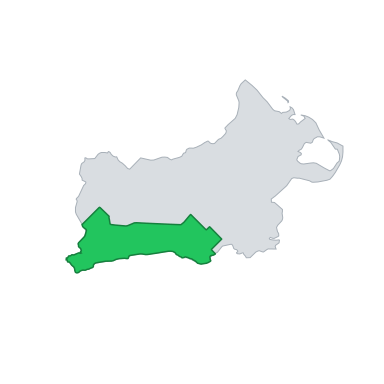 where Chardzhou sits in Turkmenistan, rotated 135°
{"feature_id": "TKM-359", "entity_name": "Chardzhou", "entity_type": "Province", "adm_level": 1, "iso_a3": "TKM", "parent_name": "Turkmenistan", "parent_adm1": "", "projection": "equal_earth", "projection_center": [63.989, 39.075], "detail": "fine", "context": "in_parent", "style": "filled", "palette": "green", "viewbox_px": 384, "rotation_deg": 135, "n_neighbors": 0, "source": "natural_earth", "source_scale": "10m", "svg_char_len": 6486}
<svg xmlns="http://www.w3.org/2000/svg" viewBox="0 0 384 384"><g transform="rotate(135 192 192)"><path d="M120.6,129.5L136.2,130.3L140.9,131.0L143.0,128.7L142.9,128.2L142.2,127.7L141.1,126.2L140.4,115.7L141.8,114.3L143.4,113.2L145.8,109.9L147.0,108.9L148.8,108.1L154.8,107.9L157.3,107.2L159.6,103.5L160.1,101.4L161.7,99.6L162.7,99.7L166.7,101.1L167.5,101.9L168.8,104.6L170.3,104.4L170.5,104.0L170.4,103.4L169.3,101.7L166.8,98.6L164.4,96.7L164.2,96.1L166.4,94.5L170.6,95.2L171.7,94.7L172.9,92.2L178.3,97.8L179.4,98.3L183.8,99.0L184.5,99.8L186.0,103.0L187.5,103.8L189.4,104.4L197.3,104.5L199.7,106.7L200.1,107.2L199.6,108.7L199.4,111.6L198.8,112.8L199.2,113.2L202.0,114.4L203.6,116.3L203.7,117.1L203.2,117.7L201.9,117.4L201.3,118.2L201.2,119.7L202.2,121.2L202.4,122.5L201.0,125.5L200.9,126.8L201.4,127.5L208.5,132.1L209.6,132.2L216.6,131.4L217.9,131.9L223.9,132.9L225.6,132.7L226.8,131.3L227.9,130.7L228.9,130.7L231.8,131.6L234.9,133.6L236.9,135.3L237.9,137.0L240.6,145.9L242.4,149.6L244.5,151.5L246.0,155.0L247.3,162.7L248.1,164.3L251.4,167.4L268.3,179.9L273.4,185.6L281.4,191.0L284.3,190.4L290.5,196.2L294.5,198.4L299.6,201.9L310.4,209.8L312.7,210.2L315.3,209.0L317.6,209.7L321.7,211.7L326.0,214.8L329.7,215.9L330.8,217.2L330.9,217.9L328.8,221.8L328.6,226.8L328.9,233.4L327.9,233.5L320.5,231.7L313.6,227.6L312.0,228.9L311.1,230.2L309.4,236.0L300.1,236.4L294.6,239.2L289.6,258.0L288.5,260.3L285.4,263.4L280.0,266.4L279.2,267.6L279.0,268.8L278.3,269.1L275.3,269.1L264.0,273.2L261.5,273.2L260.5,273.6L260.0,274.3L261.3,278.1L260.2,279.2L259.5,281.0L258.9,284.3L251.4,289.5L249.8,290.1L246.8,289.6L245.3,290.1L243.7,291.8L242.9,291.3L242.6,289.6L241.7,288.5L237.1,284.4L231.7,285.1L229.7,284.7L228.1,284.0L225.7,281.6L224.2,279.4L222.5,279.7L222.0,278.6L222.0,277.3L222.5,275.8L222.4,273.0L221.4,270.9L220.4,270.1L221.6,266.8L221.6,264.3L220.9,261.7L220.7,257.8L220.9,254.1L219.9,252.2L204.2,252.4L198.7,243.7L196.4,241.6L188.7,237.9L186.6,236.0L184.9,233.8L184.5,230.9L183.7,229.1L182.4,228.8L176.4,225.4L174.0,224.5L170.6,225.4L168.7,224.4L166.3,225.7L165.3,225.8L162.9,225.0L159.9,221.9L157.3,220.6L152.0,218.7L148.2,218.0L144.9,216.9L144.5,216.4L144.5,213.8L144.1,212.7L143.1,211.4L141.8,210.4L136.1,210.5L133.5,209.5L131.4,209.4L126.8,209.6L125.3,210.3L124.4,211.1L123.8,213.6L123.3,214.0L118.8,214.1L109.4,213.5L105.4,214.8L99.1,218.7L95.4,222.0L94.4,223.5L92.0,229.3L91.1,230.2L89.9,230.9L88.6,231.0L82.9,233.3L80.7,233.8L75.1,233.6L74.2,224.9L74.0,218.1L75.1,208.6L75.1,202.6L76.4,193.4L76.2,191.1L73.5,187.1L73.2,184.3L71.5,184.1L68.8,181.8L66.0,180.9L64.7,180.8L63.4,181.5L62.4,182.9L61.8,180.7L62.0,178.5L64.4,173.9L65.7,175.2L67.4,175.8L71.6,175.5L71.3,173.9L69.2,172.3L68.8,170.2L69.1,168.1L69.8,166.0L69.2,165.2L68.2,164.7L65.9,164.8L60.0,164.0L59.2,166.4L60.6,169.6L58.1,166.0L56.5,162.3L55.5,158.0L55.5,153.3L58.2,145.9L60.6,136.8L62.6,140.6L64.2,142.3L67.9,143.4L69.7,143.1L71.6,142.1L73.5,142.5L76.2,146.4L78.3,146.8L82.7,145.3L84.8,145.0L86.5,145.7L88.4,145.7L87.6,143.8L87.4,142.0L88.5,141.1L91.9,142.1L94.6,141.0L95.2,140.6L95.5,139.0L95.2,135.9L94.7,134.6L93.2,132.8L87.4,128.4L85.4,126.7L83.8,124.4L81.5,115.4L79.7,109.7L78.9,109.1L75.4,108.6L68.7,110.0L66.4,109.7L65.3,110.3L62.4,112.7L61.0,114.7L59.0,119.5L60.3,121.0L58.8,129.0L59.2,132.3L59.0,132.6L57.2,128.4L54.7,124.1L52.8,117.7L57.0,113.5L60.6,110.5L64.3,108.3L68.2,106.8L76.8,104.5L81.6,103.7L85.4,103.5L88.3,104.9L95.9,110.1L99.2,113.0L100.2,114.1L101.0,116.9L106.4,126.0L107.7,127.2L109.9,130.1L112.0,131.0L120.6,129.5ZM60.8,195.0L60.6,196.2L59.7,192.5L59.3,188.4L60.1,187.3L60.9,187.3L60.1,188.8L60.8,195.0Z" fill="#d9dde1" stroke="#a8b0b8" stroke-width="1"/><path d="M321.9,232.7L321.7,232.7L321.2,232.4L320.9,232.1L320.3,231.3L320.0,231.0L315.4,229.2L315.0,228.9L314.9,228.7L314.7,228.5L314.4,227.7L314.2,227.6L313.8,227.5L313.5,227.3L313.5,227.7L313.4,228.4L313.1,228.6L312.3,228.6L311.9,228.7L311.7,228.8L311.5,229.1L311.3,229.6L311.0,230.1L310.8,230.6L310.7,231.2L310.9,232.4L310.9,233.0L310.8,233.5L310.6,233.9L310.0,234.5L309.1,235.8L308.4,236.2L308.1,236.3L299.5,236.5L298.0,237.0L294.4,239.1L293.8,239.5L293.4,240.2L293.4,241.3L293.8,243.3L293.8,244.3L293.6,245.2L292.8,246.7L288.1,246.7L284.0,246.7L278.4,246.7L273.6,246.7L268.8,246.7L268.2,246.5L268.0,245.8L267.8,233.5L268.6,232.8L269.0,232.4L269.8,231.1L272.5,227.4L272.3,226.3L269.6,222.8L262.7,214.6L261.3,213.7L256.7,211.8L254.7,211.0L252.9,209.4L246.5,202.3L230.3,184.6L226.6,180.6L223.6,177.4L222.9,176.7L219.0,176.3L209.8,177.1L208.9,177.0L208.8,176.8L208.8,172.0L208.8,163.7L208.8,155.8L208.7,155.5L208.6,155.2L208.4,155.1L204.5,155.0L204.2,154.9L204.1,154.5L204.3,137.8L204.4,137.7L218.7,137.7L219.0,137.2L219.1,136.8L219.2,132.3L219.2,131.8L219.4,131.7L219.5,131.9L219.6,132.2L220.8,132.0L221.1,132.0L223.1,133.4L223.9,133.7L224.7,133.7L225.4,133.4L225.9,132.8L226.3,132.0L226.8,131.7L227.0,130.8L227.3,130.2L227.7,130.0L228.4,130.1L230.3,130.6L232.0,131.3L236.4,134.5L236.8,135.0L238.2,137.4L238.4,137.8L238.4,138.3L238.4,140.1L238.5,140.5L238.4,140.7L238.6,141.2L239.2,143.4L239.4,144.6L239.6,145.1L239.8,145.5L240.4,146.2L240.6,146.5L241.0,148.1L241.3,148.7L242.0,149.7L242.1,149.9L242.3,150.5L242.8,151.0L243.8,151.3L245.4,152.3L245.6,152.5L245.6,153.6L245.8,154.1L246.3,155.1L246.4,155.6L246.5,156.1L246.5,156.8L246.6,157.3L247.2,158.6L247.3,159.2L247.1,159.6L247.0,160.1L246.9,160.7L246.9,161.3L247.3,162.7L247.5,163.4L248.9,165.2L249.1,165.4L250.2,166.5L252.5,168.2L255.2,170.2L258.5,172.5L265.0,177.3L267.7,179.3L269.0,180.5L271.1,183.5L272.3,184.8L274.5,186.4L277.3,188.5L280.5,190.8L281.1,191.1L281.7,191.2L282.2,191.1L283.8,190.3L284.4,190.3L284.8,190.6L285.5,191.4L286.6,192.9L290.8,196.5L293.4,198.1L296.3,199.1L297.7,200.0L300.3,202.5L302.2,204.3L304.9,206.2L306.9,207.6L310.2,209.9L311.6,210.3L313.0,210.2L313.5,209.9L314.4,209.1L315.0,208.9L315.7,208.9L317.7,209.9L319.0,210.2L319.6,210.5L320.9,211.5L322.2,211.9L322.8,212.2L323.4,212.8L324.4,214.0L326.4,215.0L327.0,215.2L328.6,215.2L329.3,215.4L330.1,215.8L330.7,216.3L331.0,217.0L331.2,217.6L330.5,219.1L329.4,220.6L328.7,221.9L328.6,222.9L328.8,225.0L328.7,226.1L328.3,227.9L328.3,228.8L328.5,229.6L328.9,229.9L329.3,230.3L329.3,230.7L329.0,231.2L328.7,231.7L328.4,232.1L328.3,232.6L328.8,233.0L328.5,233.2L328.1,233.6L327.8,233.9L327.7,234.1L327.2,234.0L326.9,233.5L326.7,233.4L326.2,233.5L324.8,233.9L324.3,233.9L323.9,233.6L323.6,233.2L323.4,233.1L323.2,233.0L322.8,232.7L322.6,232.7L321.9,232.7Z" fill="#22c55e" stroke="#15803d" stroke-width="1.5"/></g></svg>